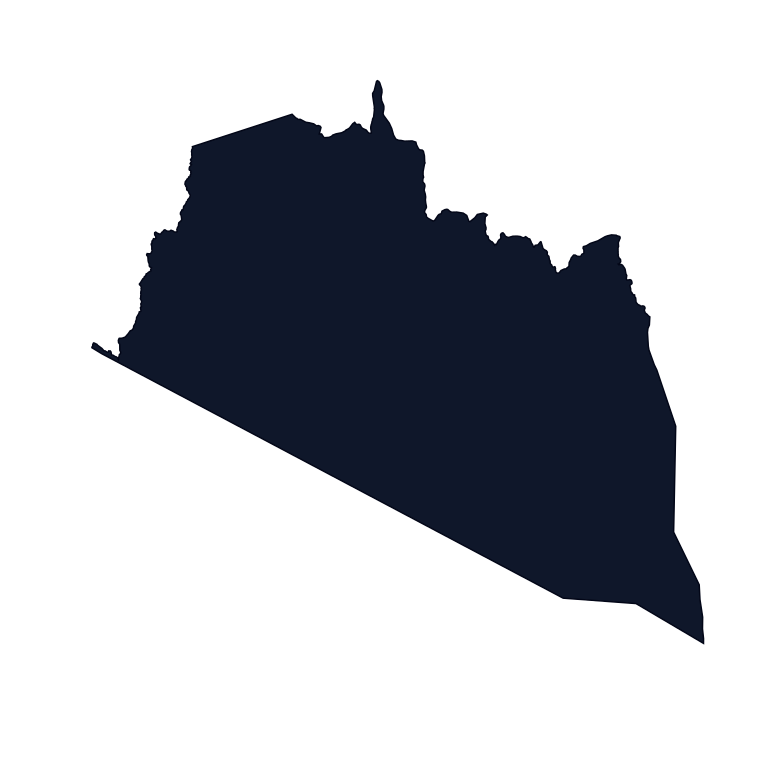 the district of Vinchina, La Rioja, Argentina, rotated 352°
{"feature_id": "61730980B36020479947957", "entity_name": "Vinchina", "entity_type": "district", "adm_level": 2, "iso_a3": "ARG", "parent_name": "Argentina", "parent_adm1": "La Rioja", "projection": "equal_earth", "projection_center": [-68.898, -28.359], "detail": "fine", "context": "isolated", "style": "filled", "palette": "ink", "viewbox_px": 768, "rotation_deg": 352, "n_neighbors": 0, "source": "geoboundaries", "source_scale": "gbopen_adm2", "svg_char_len": 6160}
<svg xmlns="http://www.w3.org/2000/svg" viewBox="0 0 768 768"><g transform="rotate(352 384 384)"><path d="M227.3,122.3L227.3,124.2L226.5,124.8L225.7,127.0L225.8,128.6L225.4,130.6L225.6,131.5L225.1,133.3L223.6,135.1L224.4,136.7L222.7,138.7L222.9,139.3L223.6,139.5L223.9,140.0L222.5,141.5L221.8,141.8L221.4,142.4L221.4,143.1L220.9,144.0L221.1,145.1L221.9,145.5L222.5,146.4L222.1,147.3L222.1,149.0L221.0,150.4L221.2,151.2L220.3,151.9L219.4,151.8L219.0,152.9L218.3,153.4L217.6,153.6L216.4,155.3L215.9,155.4L215.2,156.4L215.1,157.5L214.7,158.1L214.7,158.6L215.2,159.8L215.2,160.5L215.9,161.4L215.7,164.3L217.1,165.7L217.6,168.2L218.4,169.6L218.4,170.4L217.7,171.9L217.2,172.6L215.3,174.2L214.9,175.4L213.6,176.2L213.3,177.2L211.9,179.0L210.4,180.1L209.3,183.5L208.3,183.4L207.9,183.7L207.6,184.8L206.8,185.3L206.3,186.1L206.0,187.4L206.6,188.9L206.6,192.9L205.9,194.0L203.2,195.8L202.5,198.3L202.5,199.4L201.5,199.9L200.3,202.4L200.6,203.9L200.2,204.5L197.7,204.5L196.7,203.3L194.5,202.1L192.8,202.9L191.2,202.6L190.1,202.2L188.5,200.8L187.2,201.2L186.2,202.5L185.5,202.6L183.5,204.5L182.5,204.4L181.9,203.7L181.2,203.7L179.1,201.8L178.0,202.2L177.7,203.7L177.8,204.8L178.5,205.7L178.3,206.8L178.6,207.8L177.5,208.5L176.0,208.0L175.4,208.7L175.2,209.6L174.3,210.0L173.8,211.4L174.0,212.4L172.9,213.0L173.2,215.6L172.8,218.2L173.0,219.8L171.3,222.2L170.2,222.5L167.6,221.9L166.9,223.0L167.1,223.9L167.9,224.6L167.6,229.2L167.8,231.2L168.4,232.3L168.1,233.0L168.0,234.5L168.3,235.3L169.9,236.5L168.9,238.2L169.0,239.5L166.3,240.6L164.8,241.7L163.9,241.8L163.1,243.6L161.6,244.4L161.1,245.6L159.8,246.3L157.0,249.7L155.7,250.9L155.7,251.6L156.7,252.8L157.2,254.5L156.7,255.6L156.8,257.2L156.2,258.3L155.7,260.4L155.8,262.0L155.4,262.7L155.2,264.3L154.6,265.5L155.5,268.2L155.0,270.0L154.3,270.8L154.4,272.9L154.6,273.7L153.9,273.9L153.4,274.6L153.6,277.7L153.1,278.2L151.6,278.6L151.3,279.8L148.3,283.6L147.8,285.7L146.7,287.6L146.6,288.8L144.2,291.8L143.6,294.0L141.7,295.7L140.1,296.0L137.8,298.5L134.3,301.5L131.0,302.2L128.2,301.9L127.8,302.3L127.0,303.8L126.9,306.1L127.7,307.5L127.8,308.3L127.1,313.8L127.6,315.5L127.6,316.5L127.4,317.0L125.9,318.3L125.6,319.7L124.7,320.9L124.8,322.3L124.4,323.0L123.7,321.0L122.9,320.0L121.4,319.3L119.9,317.9L118.3,317.2L118.1,314.2L117.6,313.2L115.9,312.9L115.3,314.0L114.5,314.2L112.3,312.3L111.4,312.3L109.6,309.5L105.9,305.9L105.0,304.5L104.1,304.2L103.3,303.4L102.2,302.9L101.9,303.1L101.0,304.6L100.9,305.7L100.0,306.7L99.8,307.4L108.7,314.7L531.6,621.0L603.0,636.5L664.3,685.3L665.0,680.7L665.3,670.9L667.1,659.2L666.9,641.4L668.2,626.7L650.2,571.0L667.0,466.4L656.1,408.1L654.3,402.6L651.1,387.2L651.0,383.3L652.1,369.5L653.1,365.7L655.0,362.5L656.6,354.5L655.4,353.5L654.2,351.6L652.6,350.0L652.0,347.1L653.1,345.1L652.8,343.8L652.1,343.0L650.5,342.6L649.1,342.8L648.3,341.7L646.6,340.7L645.0,338.2L645.2,333.8L644.5,332.6L644.5,330.6L643.6,330.6L642.5,329.2L642.2,328.0L641.5,327.1L641.3,326.1L641.5,323.8L641.1,320.6L643.5,319.1L643.7,317.7L643.5,316.4L643.2,315.6L642.1,314.9L640.0,315.0L638.9,314.7L638.6,313.5L639.5,310.3L638.9,308.6L638.7,303.9L638.4,302.9L636.8,299.7L636.3,299.2L635.4,298.6L633.1,298.6L632.6,297.8L634.1,297.4L635.4,295.9L635.5,295.1L635.5,293.5L634.1,291.5L634.0,290.8L633.7,289.4L634.0,288.8L634.0,286.7L634.2,286.1L634.4,283.6L634.6,283.0L634.6,281.9L635.4,280.5L635.7,276.6L638.2,272.2L638.0,270.8L634.9,269.4L634.7,269.0L630.0,268.0L625.7,268.4L623.4,268.9L615.7,272.0L607.8,273.5L603.6,275.3L600.6,275.7L600.0,277.2L600.6,279.0L600.2,282.1L599.8,282.5L597.9,283.1L597.0,284.5L596.1,285.0L593.3,284.5L591.2,282.9L589.7,282.7L586.9,285.3L586.2,286.8L584.3,289.4L583.5,293.3L581.3,294.5L580.6,295.3L578.5,295.2L575.1,296.2L572.8,298.4L571.0,298.4L569.8,297.2L569.6,294.4L569.9,293.5L569.7,291.9L569.4,291.6L567.5,291.9L567.0,291.3L566.6,289.5L565.7,288.4L565.4,287.5L565.6,285.3L565.1,283.9L565.0,280.5L564.5,280.0L563.6,278.5L564.1,276.2L563.4,274.7L561.4,273.2L560.3,271.9L559.3,265.1L559.0,264.9L558.5,265.1L555.8,267.7L553.0,267.7L551.8,269.4L551.2,269.3L550.5,266.6L549.5,264.5L549.4,263.4L548.5,260.7L546.5,259.7L546.1,259.0L544.8,257.8L543.2,258.5L541.9,258.5L539.4,256.9L536.4,256.1L532.2,255.6L528.0,256.2L527.0,256.0L525.2,254.9L524.5,254.0L524.1,252.6L522.8,250.8L521.3,251.1L520.4,252.0L520.1,253.1L520.2,254.7L519.7,256.5L518.2,257.1L516.9,258.4L514.7,261.6L513.9,261.2L513.3,261.3L512.9,262.0L512.4,261.3L512.1,260.1L510.7,258.1L510.0,257.9L507.7,255.3L507.7,252.9L507.4,252.0L506.1,251.3L505.7,249.7L505.5,246.9L505.7,246.2L506.4,245.4L506.8,243.5L506.2,239.2L507.5,232.7L509.8,231.0L509.0,230.1L506.1,228.6L500.0,229.1L497.1,232.0L491.7,235.2L490.7,234.7L489.4,228.6L486.2,225.8L480.0,223.9L474.9,223.3L473.1,222.1L471.5,220.1L470.5,219.7L468.6,219.8L465.5,220.9L464.4,223.3L462.2,223.7L461.0,224.5L457.1,228.9L455.4,229.6L450.8,226.1L449.4,224.6L449.3,221.9L448.1,220.0L448.1,219.1L448.9,217.3L450.5,215.3L450.7,213.9L450.5,210.6L450.6,207.5L451.3,204.6L451.3,201.7L450.7,197.6L452.1,193.7L452.1,192.8L452.0,191.6L450.7,189.5L450.6,188.5L451.1,186.1L452.0,184.8L451.8,182.3L452.3,179.0L454.7,171.8L455.4,170.8L455.2,169.7L455.8,163.7L455.4,159.0L454.4,157.7L451.9,157.1L450.9,155.8L449.5,151.7L449.2,148.9L445.7,147.2L438.2,146.4L434.5,145.1L432.6,144.8L430.2,143.4L429.6,142.7L428.1,138.8L427.2,132.1L425.5,126.4L421.0,117.9L420.7,115.9L422.1,111.8L422.5,109.2L422.4,107.9L421.1,103.1L421.2,99.0L422.6,94.9L422.9,92.0L421.7,85.2L420.9,83.6L419.6,82.7L418.7,83.3L415.1,92.3L413.2,94.6L412.9,97.1L413.0,108.5L412.6,109.9L412.7,110.9L410.9,118.1L409.6,120.0L409.1,121.7L408.4,123.0L408.4,123.6L407.3,125.7L406.6,127.8L406.4,129.6L406.5,133.0L406.0,133.9L404.0,133.5L403.2,132.6L401.8,130.1L398.2,127.8L397.1,126.0L396.6,124.2L395.4,123.3L393.5,123.3L392.5,122.8L391.4,120.8L389.3,121.9L385.5,125.7L382.8,126.9L381.9,127.0L381.6,127.5L380.2,128.2L377.1,129.3L371.4,129.6L367.8,130.4L366.6,131.4L364.0,132.1L359.4,131.8L358.6,131.2L357.0,127.7L354.7,127.4L357.3,121.2L356.7,119.9L354.9,118.9L353.1,119.0L350.6,116.6L346.6,115.0L343.0,113.9L338.0,110.3L335.3,109.9L334.8,108.9L333.8,108.4L330.5,104.1L227.3,122.3Z" fill="#0f172a" stroke="#020617" stroke-width="1.5"/></g></svg>